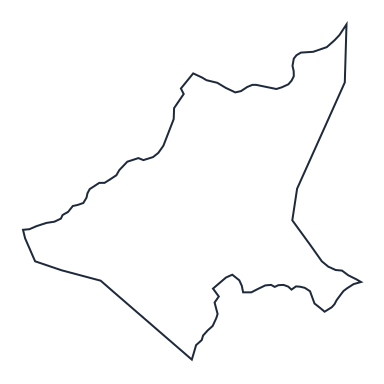 outline of Arcoverde, Pernambuco, Brazil
{"feature_id": "56859067B76130441403103", "entity_name": "Arcoverde", "entity_type": "district", "adm_level": 2, "iso_a3": "BRA", "parent_name": "Brazil", "parent_adm1": "Pernambuco", "projection": "albers", "projection_center": [-36.998, -8.376], "detail": "fine", "context": "isolated", "style": "outline", "palette": "slate", "viewbox_px": 384, "rotation_deg": 0, "n_neighbors": 0, "source": "geoboundaries", "source_scale": "gbopen_adm2", "svg_char_len": 1460}
<svg xmlns="http://www.w3.org/2000/svg" viewBox="0 0 384 384"><path d="M281.8,87.3L276.4,89.0L256.3,84.9L252.3,84.9L247.2,87.0L241.0,91.1L235.3,92.4L225.8,87.9L217.3,82.8L206.5,80.2L202.2,77.6L193.2,73.4L180.9,88.5L183.7,94.0L174.1,108.1L173.7,119.1L163.4,145.7L158.3,152.9L153.0,157.1L143.4,160.1L138.4,158.1L127.3,161.7L119.3,170.1L116.4,175.2L111.0,178.8L104.5,182.9L99.2,182.9L89.7,189.1L87.5,193.2L86.5,197.7L83.3,203.0L77.5,205.0L72.8,206.0L68.1,211.9L62.6,215.0L60.9,218.6L54.4,221.7L46.5,222.9L36.6,226.1L29.4,229.2L23.0,229.8L25.1,238.3L35.1,261.3L61.3,270.2L100.7,280.7L113.2,291.6L191.8,359.6L193.2,355.0L196.1,345.1L201.7,340.1L203.1,335.5L207.8,330.3L212.7,325.9L216.3,318.1L217.6,314.0L215.6,306.4L214.6,302.5L218.8,296.5L215.8,292.4L213.0,288.6L226.0,277.5L232.3,274.7L239.3,280.3L241.8,285.8L243.1,292.3L251.4,292.3L258.0,288.9L265.3,285.4L271.1,284.9L274.7,286.9L278.3,285.2L283.5,284.9L288.2,286.6L291.5,289.6L296.0,286.4L300.0,286.7L304.7,287.8L310.0,291.2L314.5,303.5L319.7,307.6L324.6,311.7L331.8,307.2L334.5,304.2L336.6,300.2L340.9,294.4L343.5,291.0L347.2,288.2L353.6,284.1L361.0,282.0L356.5,279.4L348.3,275.3L342.0,270.6L335.6,270.0L328.2,266.6L321.8,261.3L310.2,244.9L292.3,220.3L297.1,188.7L301.9,178.0L324.6,127.5L344.8,82.4L346.5,24.4L339.5,35.0L334.6,40.2L326.8,47.1L313.2,51.8L300.9,52.6L296.5,55.2L293.8,58.6L292.5,65.9L293.7,71.2L293.8,76.2L291.6,80.6L288.4,84.3L281.8,87.3Z" fill="none" stroke="#1e293b" stroke-width="2"/></svg>